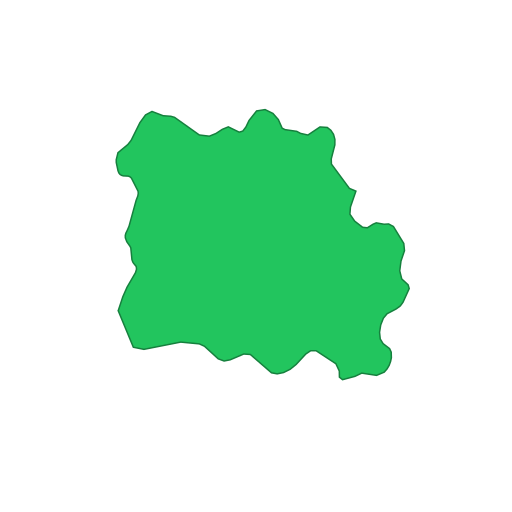 SVG path tracing the border of Treviso, rotated 216°
{"feature_id": "ITA-5466", "entity_name": "Treviso", "entity_type": "Province", "adm_level": 1, "iso_a3": "ITA", "parent_name": "Italy", "parent_adm1": "", "projection": "orthographic", "projection_center": [12.224, 45.808], "detail": "fine", "context": "isolated", "style": "filled", "palette": "green", "viewbox_px": 512, "rotation_deg": 216, "n_neighbors": 0, "source": "natural_earth", "source_scale": "10m", "svg_char_len": 1699}
<svg xmlns="http://www.w3.org/2000/svg" viewBox="0 0 512 512"><g transform="rotate(216 256 256)"><path d="M301.6,110.1L335.4,130.8L335.5,131.3L339.8,144.8L342.0,155.0L343.7,171.6L344.9,175.1L346.7,177.1L350.6,178.1L352.1,178.7L354.2,180.1L362.0,188.9L363.4,189.7L368.9,191.6L372.4,193.9L373.9,195.9L374.7,198.0L375.2,200.9L376.2,205.4L385.7,230.6L386.9,235.1L388.1,237.5L389.5,239.1L402.6,245.8L404.4,246.0L406.2,245.6L410.5,242.8L412.3,242.2L414.0,242.1L415.8,242.6L417.8,243.9L424.0,249.5L425.7,251.8L428.4,258.5L425.2,270.9L425.0,276.2L428.3,295.7L428.3,305.2L425.1,311.8L413.6,314.9L407.0,319.0L403.4,320.3L373.0,320.6L364.2,325.5L360.4,331.6L357.7,338.7L354.3,344.2L342.4,346.3L340.1,349.3L340.0,354.5L341.3,361.6L340.8,373.7L334.7,379.8L326.1,381.3L318.1,379.5L310.0,374.8L306.8,375.3L296.3,380.8L292.0,381.4L285.1,384.4L280.1,398.0L273.9,401.9L269.3,401.7L264.8,400.0L260.7,396.7L257.5,392.2L252.2,378.8L249.0,374.7L220.2,365.6L213.3,367.2L208.4,351.2L204.6,345.0L196.6,342.2L186.6,341.9L182.5,344.3L180.0,350.5L178.2,353.5L171.0,357.0L167.5,359.9L162.1,360.6L143.8,353.0L139.0,347.6L135.7,337.1L131.0,328.5L124.6,323.1L116.0,322.1L112.9,319.7L109.9,305.1L109.9,300.5L111.5,295.5L116.0,286.4L116.4,280.6L114.6,273.6L111.2,266.9L106.7,261.9L101.7,259.8L93.5,259.6L90.1,257.7L86.7,253.3L85.1,249.7L84.0,245.8L83.6,241.6L84.0,237.4L88.3,230.3L101.6,223.4L105.2,216.8L113.3,206.8L117.3,207.0L121.0,211.9L128.0,215.8L151.7,214.7L156.1,211.5L158.1,206.0L159.8,191.8L161.8,184.4L165.2,177.9L169.6,173.1L174.8,170.6L202.7,173.0L208.3,169.5L215.9,156.8L220.1,152.3L226.1,150.6L244.6,152.7L250.2,151.6L266.3,142.1L291.8,114.6L301.6,110.1Z" fill="#22c55e" stroke="#15803d" stroke-width="1.5"/></g></svg>